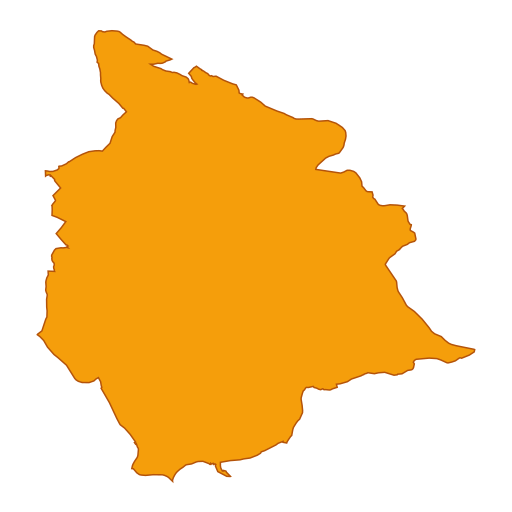 outline of Sanpetru De Campie, Mures, Romania
{"feature_id": "2599482B10732475322024", "entity_name": "Sanpetru De Campie", "entity_type": "district", "adm_level": 2, "iso_a3": "ROU", "parent_name": "Romania", "parent_adm1": "Mures", "projection": "equal_earth", "projection_center": [24.255, 46.729], "detail": "fine", "context": "isolated", "style": "filled", "palette": "amber", "viewbox_px": 512, "rotation_deg": 0, "n_neighbors": 0, "source": "geoboundaries", "source_scale": "gbopen_adm2", "svg_char_len": 5895}
<svg xmlns="http://www.w3.org/2000/svg" viewBox="0 0 512 512"><path d="M474.2,351.9L474.7,349.6L474.0,349.3L456.1,345.7L451.3,344.4L448.7,343.2L445.0,340.3L441.3,336.6L434.6,333.8L431.5,331.3L429.3,328.0L422.1,319.1L414.4,311.5L407.8,306.8L406.4,305.3L402.3,297.7L398.6,292.1L397.9,290.7L397.1,287.5L396.6,282.1L396.3,281.0L385.6,265.2L385.3,264.2L388.9,258.5L389.7,257.6L395.0,253.8L396.6,251.2L399.3,249.7L399.2,249.6L402.5,246.3L407.3,244.4L409.5,242.7L414.5,241.3L415.8,239.8L415.9,238.8L414.7,233.1L413.4,232.1L410.8,230.7L410.2,230.1L410.2,228.9L411.2,225.7L411.3,224.7L410.0,224.3L408.3,221.6L408.0,220.9L407.3,215.7L406.9,214.2L406.3,213.1L404.1,211.0L403.4,209.8L402.3,208.5L404.6,206.1L397.1,205.1L390.0,204.8L384.7,205.7L382.7,205.8L379.9,205.3L378.6,204.6L378.0,204.0L374.9,199.2L373.8,198.6L372.9,197.5L372.7,197.2L373.0,195.1L372.1,191.9L367.9,191.7L367.0,191.5L365.9,190.7L363.7,187.8L362.0,186.1L361.6,181.8L359.8,177.9L355.9,172.9L353.7,171.4L350.0,170.3L347.1,170.3L343.9,172.0L340.7,173.1L315.8,169.4L316.2,167.6L318.1,164.9L325.6,158.1L329.0,156.3L333.5,155.0L335.6,154.0L338.6,153.3L339.3,152.8L342.7,148.1L343.4,146.9L344.0,144.9L344.2,143.2L345.5,139.2L346.0,136.0L345.7,132.4L345.1,130.6L342.4,127.5L336.1,123.3L328.0,120.6L318.7,121.2L316.4,120.6L312.8,118.9L311.4,118.7L298.3,119.1L295.9,119.0L293.7,118.2L293.2,117.7L286.2,114.7L284.2,113.5L276.9,111.0L265.2,106.1L260.8,102.2L253.9,97.8L252.2,97.2L250.7,97.2L248.4,98.0L247.1,98.0L244.5,97.2L242.1,95.0L242.8,94.1L240.3,93.6L239.2,93.0L238.9,90.2L236.3,84.9L232.5,83.8L223.8,80.3L216.1,76.2L213.1,76.5L212.5,76.3L211.7,75.7L210.5,76.0L209.2,75.4L207.7,73.6L206.0,72.8L203.5,71.0L201.7,70.3L201.7,69.7L200.3,69.0L196.4,66.2L195.4,67.0L193.9,67.7L188.7,73.3L191.3,76.4L191.8,78.3L192.8,79.8L195.2,82.7L196.9,84.1L196.0,84.4L192.4,83.3L190.7,82.2L190.1,82.1L189.3,82.5L188.7,79.9L188.1,78.7L186.2,77.1L182.1,75.7L180.0,74.4L176.9,72.9L174.0,72.3L172.3,72.5L170.2,71.6L165.9,71.0L162.4,69.6L160.9,68.6L153.7,66.3L150.5,64.2L153.6,64.2L157.7,63.3L160.8,63.4L162.6,63.1L165.4,61.8L166.0,61.1L170.1,59.9L171.8,59.1L161.6,54.2L159.7,52.7L156.9,51.3L152.9,50.0L147.7,46.2L144.1,45.3L135.7,44.0L134.0,42.1L132.3,41.3L131.2,40.3L125.8,36.7L122.5,34.3L120.3,32.3L119.0,31.5L117.2,31.1L111.9,30.7L106.6,31.3L104.9,32.0L102.6,31.7L101.3,30.9L98.6,30.8L96.9,32.5L95.1,35.1L94.6,36.6L94.3,43.8L93.7,45.6L93.7,47.5L94.5,50.2L95.2,54.1L96.4,56.4L97.4,60.1L97.1,62.2L98.6,63.5L98.9,66.2L99.8,68.9L100.5,72.6L100.5,75.0L100.8,78.6L100.7,80.4L100.8,82.0L101.7,85.4L102.9,88.2L104.7,90.7L107.1,93.1L109.1,94.4L112.7,98.1L118.8,103.4L122.8,108.2L123.6,108.3L124.4,109.2L126.4,111.8L123.0,114.9L120.5,117.7L117.9,118.9L116.6,120.6L115.7,123.0L115.8,127.4L115.1,130.5L115.0,132.2L112.2,136.6L110.0,143.3L105.8,147.4L102.4,151.1L99.1,150.7L95.1,150.8L88.8,151.7L82.5,154.2L75.6,157.6L69.0,161.9L68.6,161.8L66.5,163.7L65.7,164.1L61.6,166.0L59.0,166.2L58.8,166.5L59.0,168.0L58.8,168.6L57.3,169.9L53.0,171.4L49.8,171.5L47.3,171.0L45.4,170.8L45.6,176.1L46.5,175.4L48.6,174.8L50.4,175.0L50.5,175.5L50.2,176.0L50.7,176.3L51.2,175.9L54.6,179.4L54.6,180.4L55.0,181.2L60.6,188.0L53.0,195.6L55.5,200.3L55.3,201.0L52.6,204.3L51.8,205.7L52.1,206.0L52.2,210.0L52.0,215.4L57.1,217.3L65.8,221.6L61.2,227.8L56.2,233.6L60.9,239.2L66.0,244.9L66.9,245.0L68.0,246.0L67.1,246.5L67.2,247.1L67.8,247.7L66.6,247.4L63.3,247.9L60.8,247.8L56.0,248.6L54.4,250.2L51.7,255.1L51.6,256.2L52.0,257.4L51.8,258.7L52.1,260.5L53.0,262.0L53.7,262.6L54.2,263.7L54.2,265.3L53.7,266.4L53.6,267.0L53.9,268.9L54.3,269.4L54.3,270.7L54.6,271.4L48.1,271.1L48.3,275.0L46.8,277.9L46.0,280.8L45.8,282.2L46.1,286.6L45.7,290.1L46.1,291.8L47.2,294.4L47.2,295.6L46.6,299.2L46.7,307.1L47.1,310.9L46.9,317.0L45.8,319.1L41.9,330.9L37.8,334.0L37.3,334.7L39.8,336.5L43.7,340.5L47.5,347.1L54.0,354.5L57.8,357.5L66.5,365.2L74.8,378.5L76.1,379.9L78.3,381.3L82.1,382.5L89.0,382.6L93.9,380.9L96.1,378.9L98.4,377.6L100.6,381.7L101.2,385.3L101.8,387.4L101.1,388.2L109.4,402.6L116.9,418.6L119.7,423.9L120.3,424.8L124.6,428.1L130.2,434.4L135.6,442.1L134.5,442.6L135.7,444.3L136.4,443.9L137.4,447.0L138.3,448.4L138.4,449.6L137.9,455.4L137.3,457.3L134.6,461.3L133.0,464.2L132.4,465.8L131.8,468.6L133.4,468.8L136.8,472.8L139.4,474.6L141.0,475.0L145.5,475.4L153.0,474.7L162.4,474.8L164.4,475.3L167.1,476.5L168.5,477.4L172.6,481.3L172.5,480.2L173.4,477.5L175.0,474.5L176.2,472.8L177.3,471.6L180.0,469.2L182.9,467.3L185.6,465.1L186.6,464.7L191.6,463.9L196.4,461.9L198.1,461.5L202.9,461.3L209.2,463.7L209.9,464.4L210.8,464.4L210.8,463.4L211.3,463.8L211.9,463.8L212.5,463.5L212.9,463.8L213.5,463.4L213.7,463.6L213.5,464.1L213.7,464.4L214.3,463.9L214.9,464.2L215.5,464.1L215.8,464.5L215.5,464.8L215.5,466.2L217.8,471.6L226.7,476.3L230.2,476.5L230.5,476.4L226.5,472.3L225.9,471.1L223.4,470.4L223.2,470.5L223.3,471.0L222.4,471.0L220.8,468.1L220.4,465.9L220.4,462.3L230.2,460.6L240.1,459.8L243.7,458.9L250.1,458.0L257.3,455.2L260.5,453.2L261.3,451.8L264.6,450.7L276.0,444.9L278.1,443.3L283.0,441.4L283.0,442.3L286.7,443.0L287.2,441.6L288.9,439.0L290.6,436.5L291.7,435.5L292.8,429.5L293.5,427.3L296.3,422.8L298.0,420.6L299.6,419.2L302.5,412.7L302.6,410.5L302.1,405.3L301.1,399.2L301.2,397.7L302.4,393.3L303.2,391.0L304.6,389.7L305.5,388.1L306.4,387.4L308.3,387.5L313.2,386.4L314.1,387.5L316.6,388.1L318.7,389.2L320.6,389.7L322.8,388.8L324.0,389.7L325.5,389.6L329.5,390.0L330.6,389.8L332.6,388.8L337.2,387.3L336.4,384.2L340.1,383.8L347.4,381.7L351.5,379.0L361.1,375.8L362.5,375.0L363.8,374.6L364.3,374.0L366.8,373.3L367.8,372.7L374.4,373.7L378.4,372.8L384.7,372.3L394.0,375.2L397.2,374.8L397.6,374.2L402.0,373.8L407.7,370.4L411.0,369.9L411.9,369.6L412.8,368.9L413.5,367.6L414.3,363.9L413.3,362.2L414.4,360.4L416.1,359.3L429.2,358.1L436.9,358.6L440.9,360.0L447.0,362.8L448.1,362.9L451.9,362.0L455.4,360.8L459.4,358.0L460.1,357.8L461.6,358.2L469.3,355.1L474.2,351.9Z" fill="#f59e0b" stroke="#b45309" stroke-width="1.5"/></svg>